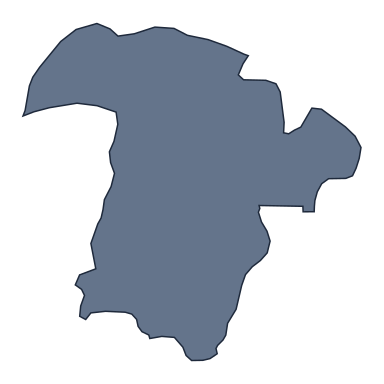 Ioba, Mercator projection
{"feature_id": "BFA-2833", "entity_name": "Ioba", "entity_type": "Province", "adm_level": 1, "iso_a3": "BFA", "parent_name": "Burkina Faso", "parent_adm1": "", "projection": "mercator", "projection_center": [-2.966, 11.024], "detail": "fine", "context": "isolated", "style": "filled", "palette": "slate", "viewbox_px": 384, "rotation_deg": 0, "n_neighbors": 0, "source": "natural_earth", "source_scale": "10m", "svg_char_len": 1371}
<svg xmlns="http://www.w3.org/2000/svg" viewBox="0 0 384 384"><path d="M314.2,211.7L303.1,211.8L302.9,206.3L259.1,205.5L259.8,208.5L258.4,212.2L261.5,222.0L267.0,231.2L270.1,241.1L267.2,252.9L260.4,260.5L252.3,266.7L245.5,274.6L241.7,285.4L236.1,309.3L227.6,323.3L225.8,335.1L223.0,340.0L217.6,345.4L216.0,348.5L217.2,353.7L217.0,353.9L210.0,358.6L202.9,360.3L191.6,360.5L186.1,355.5L182.9,347.2L174.4,337.4L161.8,336.4L149.8,338.5L148.8,335.0L142.0,331.7L138.1,326.4L136.6,319.4L131.8,314.1L125.2,312.2L105.5,311.3L90.9,312.9L85.7,319.5L79.7,316.3L80.7,306.0L84.5,295.4L81.6,289.4L75.3,284.9L79.6,274.9L95.8,268.8L90.9,243.5L97.8,223.9L101.1,218.0L103.0,209.7L104.4,199.6L111.1,186.6L114.5,173.3L110.6,162.6L109.4,151.8L114.0,141.3L117.8,124.3L116.1,112.1L97.1,105.7L77.0,103.2L49.4,107.7L33.9,111.8L23.0,116.0L25.1,110.5L29.4,85.9L32.8,77.2L39.6,67.3L60.7,41.5L76.1,29.5L96.9,23.5L110.0,28.9L118.0,36.1L134.2,33.8L154.9,27.1L174.0,28.4L187.4,35.3L208.1,39.6L226.8,46.3L243.8,54.1L248.3,55.7L243.0,63.8L238.3,74.9L243.6,79.8L265.9,80.3L276.0,83.8L280.2,92.0L284.1,122.3L283.6,132.8L288.7,133.8L294.5,130.1L300.8,127.1L311.9,108.1L321.5,109.2L345.4,126.9L355.1,136.2L361.0,147.5L359.2,158.5L356.1,168.2L352.5,175.8L345.8,178.4L328.6,178.7L321.7,183.7L317.3,191.8L314.9,200.5L314.4,206.3L314.2,211.6L314.2,211.7Z" fill="#64748b" stroke="#1e293b" stroke-width="1.5"/></svg>